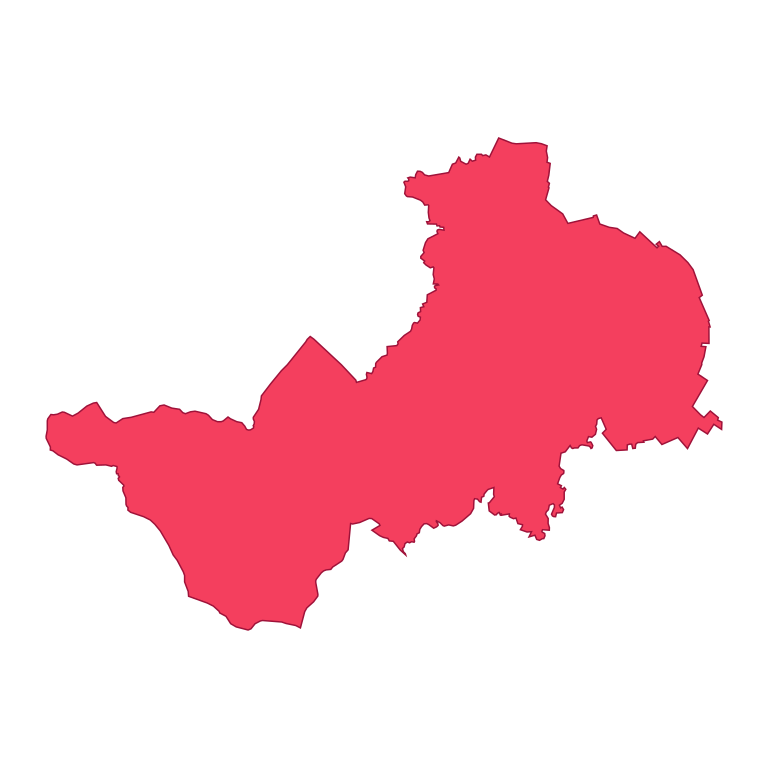 Thach That, Ha Noi, Vietnam (Robinson projection)
{"feature_id": "81297802B69837826881440", "entity_name": "Thach That", "entity_type": "district", "adm_level": 2, "iso_a3": "VNM", "parent_name": "Vietnam", "parent_adm1": "Ha Noi", "projection": "robinson", "projection_center": [105.527, 21.024], "detail": "fine", "context": "isolated", "style": "filled", "palette": "rose", "viewbox_px": 768, "rotation_deg": 0, "n_neighbors": 0, "source": "geoboundaries", "source_scale": "gbopen_adm2", "svg_char_len": 6106}
<svg xmlns="http://www.w3.org/2000/svg" viewBox="0 0 768 768"><path d="M50.9,414.5L47.8,418.8L47.3,420.8L47.3,429.9L46.1,436.2L46.2,438.3L50.4,447.0L50.3,450.0L52.9,450.8L58.1,454.8L66.6,459.0L73.8,464.0L77.0,464.9L93.6,462.6L95.1,463.2L96.6,465.2L105.9,464.9L111.6,466.3L113.1,465.5L116.9,466.5L117.1,468.0L116.2,471.7L116.6,473.7L118.0,473.7L118.4,475.8L119.4,476.4L119.5,477.0L118.2,478.3L118.7,480.3L123.8,485.2L123.8,486.3L122.8,487.3L123.0,490.9L125.9,497.8L126.0,504.3L126.6,506.0L128.0,507.5L127.9,510.1L130.6,512.3L143.7,516.7L150.3,520.0L154.9,524.3L160.3,530.9L168.9,545.5L173.2,555.0L177.2,560.3L183.3,571.8L184.6,575.5L184.6,581.9L188.2,591.4L188.6,596.3L207.2,603.0L213.4,606.1L219.1,611.3L219.8,613.0L226.0,616.3L230.7,623.7L236.2,626.9L248.1,630.0L251.0,628.8L255.1,623.7L260.5,620.9L262.5,620.5L281.7,622.0L286.1,623.5L295.7,625.5L300.4,627.9L304.7,611.7L306.8,607.9L313.6,601.8L317.8,596.1L317.9,594.3L315.8,582.9L315.7,580.8L316.3,579.2L321.3,572.8L323.6,570.9L326.2,569.9L330.8,569.4L332.7,567.0L341.7,561.1L343.0,559.4L345.4,552.9L348.1,549.8L350.6,523.5L352.6,524.0L359.7,522.5L369.1,518.4L371.8,518.6L379.2,523.8L380.0,525.4L371.9,530.2L379.7,535.7L383.4,537.4L387.9,538.4L389.3,540.9L393.3,541.3L400.2,550.0L405.7,555.0L405.3,553.7L403.3,551.6L402.5,548.5L404.1,547.0L405.0,543.6L407.3,542.0L409.6,542.8L411.6,541.7L414.1,542.2L414.5,541.5L414.2,538.8L416.4,535.9L417.0,533.9L419.3,532.7L419.8,529.4L421.5,526.6L424.1,523.8L426.7,523.6L428.8,524.6L433.7,528.2L436.5,526.9L438.1,525.4L438.0,524.0L436.3,521.5L436.4,520.8L440.0,522.7L443.0,525.6L444.3,526.1L448.7,524.9L453.3,525.9L455.7,525.2L462.0,521.1L470.6,513.7L473.6,508.3L473.9,500.5L474.6,498.7L477.5,499.1L479.6,501.7L481.0,502.2L481.6,497.2L483.8,496.3L484.1,494.1L487.1,490.4L488.2,489.4L493.9,487.5L493.6,494.3L494.3,496.7L489.3,502.8L488.3,503.0L489.2,510.9L494.6,515.0L496.5,514.7L497.1,513.6L498.7,512.5L499.4,512.5L499.6,513.9L501.1,514.0L500.5,515.1L501.0,515.3L509.4,513.9L509.1,516.2L510.2,517.2L513.5,518.7L516.0,518.1L517.9,523.6L522.5,524.7L522.4,526.3L520.4,529.7L527.0,532.0L531.5,531.7L529.0,536.9L534.9,535.2L536.7,539.4L539.5,540.3L542.3,538.7L543.8,538.6L545.0,535.8L544.7,533.5L542.2,532.1L541.9,531.3L542.5,529.7L549.3,530.2L549.4,527.6L548.1,523.4L548.2,518.5L545.5,514.1L546.3,511.9L548.4,509.7L549.3,505.2L553.1,503.6L554.4,504.9L554.4,507.4L551.5,514.2L552.4,515.9L553.7,516.6L555.6,516.7L556.5,513.0L562.3,512.6L563.6,509.6L562.1,507.1L560.6,507.9L559.4,505.2L562.2,503.3L564.2,499.3L564.2,492.0L565.8,489.3L564.3,487.5L563.0,489.0L560.4,487.6L561.4,485.7L557.6,483.8L559.8,477.6L561.3,475.0L563.6,473.5L563.9,472.0L563.8,470.5L560.6,468.6L559.1,466.1L561.0,453.2L565.3,451.8L570.1,445.5L571.5,447.9L572.8,448.5L574.5,447.9L578.0,447.9L579.6,445.6L581.9,444.8L588.9,446.0L590.2,447.0L591.0,448.5L592.1,447.9L592.8,445.6L591.1,442.3L590.4,441.9L587.4,442.6L586.8,441.0L588.5,436.6L591.9,437.2L595.4,434.3L596.6,429.3L595.5,426.3L596.7,424.2L597.0,420.0L598.3,418.6L601.2,417.8L606.2,429.3L602.4,433.2L616.3,450.5L627.1,449.9L627.3,444.9L629.8,444.1L631.7,444.2L632.8,448.5L635.3,448.2L635.7,444.3L637.6,442.6L643.9,442.2L643.4,440.8L652.7,439.1L655.2,436.5L661.9,444.5L677.9,437.5L687.5,448.6L698.3,428.1L707.5,434.0L713.8,424.3L721.6,429.4L721.9,422.1L717.6,420.1L718.3,417.6L710.3,411.0L704.0,417.5L700.4,414.7L692.4,406.5L707.5,380.5L697.9,374.1L701.8,364.6L701.7,363.0L704.0,356.8L705.9,346.7L701.2,346.3L702.0,343.1L709.0,343.4L708.9,326.9L710.1,326.9L708.4,321.2L709.2,320.5L699.2,297.6L702.3,295.2L693.1,269.6L687.9,262.6L680.1,254.9L666.1,246.3L662.2,246.4L659.4,241.6L656.2,244.2L658.6,246.2L657.0,247.8L639.8,231.8L635.0,238.3L623.6,233.0L617.2,228.5L609.2,227.3L599.8,224.0L596.6,215.0L593.4,215.9L593.2,217.4L567.9,223.4L562.7,213.9L551.2,205.6L545.6,199.8L549.0,187.8L548.4,187.2L549.4,183.3L547.3,181.4L548.8,175.2L550.2,163.4L547.0,162.2L547.6,157.6L546.3,151.1L547.1,145.8L541.4,143.7L536.1,142.7L516.3,143.8L512.0,143.2L498.7,138.0L489.5,157.0L485.9,154.9L482.7,155.6L481.5,154.3L476.9,154.3L475.4,157.1L475.6,160.2L472.3,161.2L470.1,159.2L468.2,163.3L466.1,164.2L460.7,161.3L459.8,158.0L458.8,157.1L455.7,163.0L452.4,164.2L448.7,172.6L428.7,176.0L424.6,174.9L422.4,172.4L420.1,171.3L417.5,171.2L415.7,174.7L415.2,177.8L410.2,177.1L407.8,177.9L408.7,179.0L408.7,180.7L407.7,181.3L405.0,181.2L403.9,182.2L405.7,186.8L404.7,193.7L406.4,196.0L407.4,196.6L412.5,197.0L420.5,200.2L422.8,202.0L424.7,205.1L428.1,204.8L428.7,205.4L428.3,212.4L429.0,218.0L430.0,220.7L428.5,221.8L426.7,221.7L427.5,223.9L436.5,224.1L437.0,225.9L439.6,225.7L440.0,227.0L443.7,227.3L444.0,230.2L439.5,229.4L438.0,229.7L437.2,230.3L437.0,231.6L437.9,233.7L427.9,238.8L425.5,242.6L423.1,250.3L424.1,252.6L420.8,256.4L420.8,258.2L424.7,261.1L423.7,262.7L426.0,265.0L430.3,267.8L433.2,266.9L433.9,267.8L433.2,274.6L434.3,278.9L433.3,283.9L437.8,284.0L438.6,285.0L435.3,285.6L434.5,286.3L434.6,287.8L436.2,289.0L436.1,290.2L427.3,294.8L426.8,302.3L422.6,304.0L423.8,306.7L420.4,307.6L420.6,311.6L418.1,312.8L417.6,314.4L418.1,316.2L420.4,317.2L420.1,320.0L417.5,323.1L414.5,322.5L413.6,323.0L412.3,325.3L411.6,329.1L410.5,331.3L404.3,335.4L397.7,341.8L398.1,343.8L396.8,345.6L387.1,346.6L387.4,353.4L387.0,355.1L382.0,356.7L376.4,362.3L375.7,363.6L375.6,367.2L373.6,368.0L372.9,371.6L371.6,373.6L366.9,372.5L366.4,374.3L367.0,377.3L366.7,378.8L365.8,379.7L356.5,382.4L355.8,380.1L341.4,364.8L313.8,339.1L310.2,336.5L307.2,339.4L305.8,341.8L287.3,364.8L281.4,370.7L270.5,384.0L261.4,395.9L261.0,399.6L258.6,409.3L253.3,417.3L253.3,419.0L254.4,421.4L254.2,423.8L253.2,425.8L253.7,426.3L253.5,428.0L250.6,429.8L248.7,430.1L246.5,429.4L244.8,426.2L241.8,422.7L236.8,421.7L230.5,418.8L228.0,417.0L223.3,420.9L221.2,421.7L217.5,421.7L212.4,419.6L208.4,415.2L206.0,413.7L195.0,411.2L190.5,411.8L185.4,413.7L182.8,412.7L179.6,409.3L171.8,408.1L164.1,405.0L159.9,405.8L153.8,412.3L151.1,411.9L131.2,417.3L122.8,418.6L116.1,423.0L113.7,422.5L105.5,416.4L96.7,402.5L93.3,403.1L86.8,406.1L78.1,413.1L72.5,416.1L64.4,412.3L62.3,412.0L57.4,414.2L53.5,414.8L50.9,414.5Z" fill="#f43f5e" stroke="#9f1239" stroke-width="1.5"/></svg>